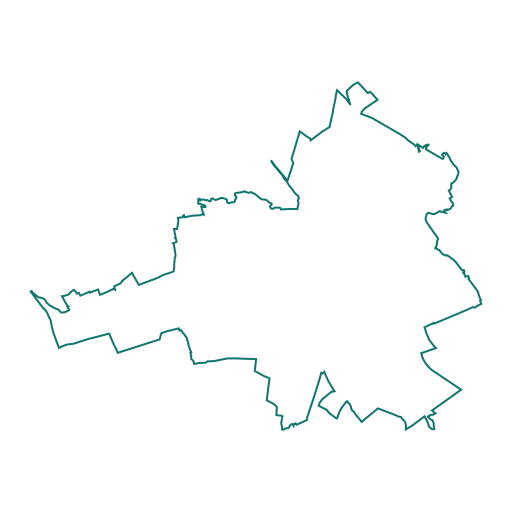 Dangeni, Botosani, Romania (Mercator projection)
{"feature_id": "2599482B5486255485397", "entity_name": "Dangeni", "entity_type": "district", "adm_level": 2, "iso_a3": "ROU", "parent_name": "Romania", "parent_adm1": "Botosani", "projection": "mercator", "projection_center": [26.905, 47.853], "detail": "fine", "context": "isolated", "style": "outline", "palette": "teal", "viewbox_px": 512, "rotation_deg": 0, "n_neighbors": 0, "source": "geoboundaries", "source_scale": "gbopen_adm2", "svg_char_len": 6051}
<svg xmlns="http://www.w3.org/2000/svg" viewBox="0 0 512 512"><path d="M339.1,412.5L341.5,408.0L346.6,401.3L347.4,401.4L347.7,401.6L348.2,402.9L349.8,404.1L351.0,407.0L350.9,408.0L352.4,410.7L353.9,411.9L356.1,415.2L360.4,420.2L361.6,421.9L377.9,408.4L395.7,415.2L398.3,416.5L401.1,417.0L401.4,417.8L404.7,421.4L405.2,422.3L405.9,425.7L405.9,429.4L412.2,425.6L424.6,416.3L427.4,421.8L429.1,426.5L429.9,427.4L431.9,429.1L432.7,429.3L434.3,429.1L433.6,425.2L433.8,424.3L433.6,423.1L432.7,420.5L430.4,419.3L428.0,416.9L428.3,416.1L429.4,416.1L429.9,415.3L430.8,414.9L433.9,414.5L435.5,413.2L433.8,412.1L432.9,411.0L432.0,410.5L461.1,389.7L431.4,369.7L428.1,366.5L425.0,362.4L422.8,358.3L421.2,353.2L435.9,348.1L432.3,344.0L429.2,339.8L426.3,333.0L425.7,331.4L425.5,329.7L424.9,328.7L424.5,327.3L433.5,323.1L433.5,323.6L436.4,322.7L467.3,309.7L472.7,307.2L473.1,307.1L474.4,307.6L475.3,307.5L476.9,306.0L481.3,303.9L480.1,300.8L480.9,300.1L479.4,296.8L477.7,291.3L468.7,279.2L469.2,278.9L468.2,276.0L465.4,276.7L465.3,275.9L464.4,274.6L464.2,273.3L463.2,272.9L463.3,272.3L464.3,271.8L464.1,270.3L463.5,270.1L461.9,270.2L456.1,262.4L453.5,259.9L449.9,257.1L447.2,255.3L447.0,255.6L445.5,255.4L443.2,254.5L441.8,253.3L439.3,250.1L438.1,249.7L436.3,248.4L435.3,248.4L435.2,248.0L435.9,247.2L437.0,244.1L436.9,242.3L438.1,238.6L436.1,235.5L433.1,231.5L426.5,221.9L425.8,220.3L425.6,219.2L425.8,216.9L426.7,214.3L427.8,213.0L428.4,212.8L432.7,214.0L434.5,214.1L439.9,211.1L440.9,211.8L442.8,211.8L443.4,212.3L445.5,212.7L444.0,211.0L444.5,210.0L446.7,209.4L447.0,210.3L449.8,209.0L450.8,208.4L451.7,206.5L453.2,205.6L453.2,204.8L452.6,202.8L451.1,201.3L449.7,198.3L452.1,197.0L448.8,190.5L449.9,189.9L451.1,188.6L451.4,186.3L451.1,184.9L451.4,183.6L451.8,183.1L453.6,182.4L455.8,179.8L456.9,177.9L457.0,177.0L458.2,174.1L458.6,171.9L457.4,169.5L456.7,167.7L453.4,164.4L452.1,162.5L450.7,160.3L449.0,156.7L446.5,153.0L445.6,154.2L444.8,153.2L443.7,152.9L442.0,154.8L443.5,156.1L443.9,157.0L443.7,157.8L442.7,159.0L426.1,149.4L426.2,148.6L426.0,147.6L429.2,144.2L427.5,144.9L426.5,144.9L424.4,146.0L423.1,147.9L418.2,144.7L418.7,146.4L418.9,148.8L419.8,151.1L419.0,151.7L418.6,150.6L418.9,149.9L418.2,148.8L418.3,147.6L418.0,146.6L418.2,145.9L417.7,144.8L417.1,144.6L415.6,146.2L414.2,144.6L407.6,140.0L405.6,137.8L398.9,133.5L372.0,118.0L361.2,113.9L361.7,111.8L364.8,108.4L377.5,99.8L370.7,92.2L369.8,91.9L368.1,93.0L367.7,93.0L358.0,82.4L353.5,84.6L346.8,90.9L346.7,92.1L347.6,96.0L348.8,99.4L349.2,101.4L350.5,104.9L346.1,98.8L337.0,90.2L335.8,95.7L335.5,98.5L333.1,110.0L332.8,112.7L331.5,117.8L329.6,127.0L322.1,131.7L310.7,140.3L310.4,138.7L306.3,136.2L299.8,131.4L291.5,159.1L293.3,163.1L287.5,180.6L274.7,165.4L271.5,160.9L270.9,160.5L272.6,163.4L274.5,166.0L283.0,176.1L283.9,178.3L286.5,181.2L289.3,185.7L291.2,187.9L294.4,192.4L295.6,193.9L298.2,195.9L298.3,196.9L299.0,197.8L297.9,200.5L298.1,201.8L298.6,203.2L297.3,209.1L289.7,208.9L281.1,209.5L280.5,208.2L279.9,207.7L275.4,207.6L274.4,207.9L273.0,208.8L271.4,208.7L270.2,207.4L270.0,206.2L271.6,204.7L271.6,203.7L269.2,202.5L266.9,200.3L265.0,199.6L262.1,199.4L260.9,198.9L254.4,193.6L252.8,193.2L251.4,192.1L248.6,192.8L245.5,191.9L244.5,191.2L242.9,192.0L235.4,193.1L234.8,194.0L234.9,195.0L235.2,195.7L236.2,196.3L236.4,197.3L236.3,198.0L235.1,199.7L235.0,201.1L234.7,201.6L233.7,202.3L231.3,202.4L229.7,203.1L227.8,202.9L227.2,202.3L226.8,201.2L227.0,200.2L226.7,199.4L222.5,197.9L221.0,198.0L215.8,200.0L213.8,199.3L212.8,198.5L212.1,198.4L211.3,198.9L210.8,200.9L209.6,201.4L207.2,200.0L205.8,200.3L203.6,199.5L201.6,199.8L199.6,198.9L199.8,200.3L198.3,199.6L198.2,203.6L200.5,204.0L205.3,205.7L205.3,207.1L201.3,206.8L202.6,211.7L203.4,213.2L203.7,214.8L202.3,214.1L201.4,214.5L200.6,215.2L192.3,215.7L184.4,217.3L184.1,215.5L183.9,215.1L183.4,215.3L182.4,217.1L181.7,217.4L177.9,217.8L178.3,219.3L178.3,221.1L177.1,229.1L174.2,229.0L174.4,229.4L174.2,230.0L174.7,232.5L174.6,233.0L175.0,233.9L175.4,236.2L175.5,237.5L175.0,237.8L175.8,239.1L176.0,239.0L176.3,239.8L176.5,241.9L173.2,243.3L173.6,243.5L173.9,244.7L175.5,254.7L175.4,256.4L174.6,258.9L174.6,260.9L174.1,264.6L174.3,266.0L173.9,270.1L173.5,271.4L171.5,272.3L163.9,274.7L157.0,278.1L138.8,284.9L131.9,272.8L125.8,278.1L122.3,280.7L122.1,281.0L122.3,281.2L120.3,283.5L114.3,286.3L115.0,289.7L113.3,288.9L106.1,292.4L100.0,294.8L98.1,289.5L89.9,292.6L89.6,291.7L80.3,295.7L78.9,292.9L77.0,293.7L75.7,291.7L73.9,289.9L73.5,289.9L70.5,292.3L68.8,294.4L65.0,295.7L62.0,296.2L65.2,302.2L67.6,306.0L68.4,306.5L67.4,307.0L69.2,309.9L67.1,311.2L64.2,312.4L61.7,312.5L60.7,312.2L59.8,311.3L59.0,309.9L53.9,307.9L52.3,306.7L49.9,305.6L46.6,302.6L45.2,300.1L44.1,299.0L42.0,298.0L38.3,297.2L33.1,293.1L32.1,291.6L31.2,291.1L30.7,291.5L41.8,306.4L43.8,308.7L44.0,308.5L46.0,310.9L47.4,313.4L50.7,320.7L51.9,326.9L53.5,333.1L59.0,348.0L61.5,346.6L67.0,344.5L73.3,343.8L86.9,339.4L109.2,333.6L114.0,345.0L116.3,349.1L117.7,352.8L159.7,339.4L160.8,334.7L161.5,333.1L167.5,331.1L178.7,328.4L179.4,330.5L181.0,330.0L182.5,332.1L182.7,332.9L184.3,334.2L184.8,335.6L185.6,336.2L186.4,337.2L187.1,339.1L187.1,339.9L188.0,342.0L188.5,345.0L189.7,348.5L190.5,350.9L191.3,352.2L190.5,352.7L190.7,353.0L190.7,354.2L191.1,355.7L191.3,359.1L192.4,359.9L193.8,361.8L194.0,362.7L193.8,363.2L194.0,363.7L194.3,363.9L197.0,363.6L197.9,363.1L205.7,362.7L206.1,362.5L207.2,361.4L214.6,361.0L227.4,358.4L235.1,358.4L256.1,359.1L254.8,371.0L264.1,376.1L269.5,378.3L266.7,400.3L273.1,403.6L275.9,405.8L276.8,407.0L276.4,415.1L281.3,415.7L282.5,416.2L281.2,423.0L281.9,426.7L282.1,429.6L284.0,429.5L284.5,428.9L288.3,427.9L289.0,427.3L290.3,425.0L291.9,424.0L292.6,424.2L293.5,425.7L293.6,425.0L294.2,423.9L295.6,423.4L296.4,424.8L306.7,420.2L307.2,417.4L313.7,397.8L318.9,381.3L321.3,372.8L322.6,373.5L324.2,371.8L328.5,381.4L333.6,390.0L334.6,391.2L333.1,391.7L331.5,391.7L322.3,399.2L320.6,401.4L319.5,403.4L318.7,405.7L326.2,409.6L327.3,410.4L328.5,412.3L330.9,414.4L336.0,418.1L337.1,418.4L339.1,412.5Z" fill="none" stroke="#0f766e" stroke-width="2"/></svg>